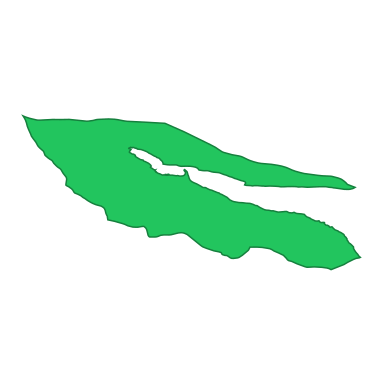 Tálknafjarðarhreppur, Vestfirðir, Iceland (Robinson projection), rotated 177°
{"feature_id": "244011B74336956547693", "entity_name": "Tálknafjarðarhreppur", "entity_type": "district", "adm_level": 2, "iso_a3": "ISL", "parent_name": "Iceland", "parent_adm1": "Vestfirðir", "projection": "robinson", "projection_center": [-23.889, 65.645], "detail": "fine", "context": "isolated", "style": "filled", "palette": "green", "viewbox_px": 384, "rotation_deg": 177, "n_neighbors": 0, "source": "geoboundaries", "source_scale": "gbopen_adm2", "svg_char_len": 6048}
<svg xmlns="http://www.w3.org/2000/svg" viewBox="0 0 384 384"><g transform="rotate(177 192 192)"><path d="M28.9,188.1L36.1,191.3L36.6,191.7L37.9,193.3L39.6,194.9L41.6,196.5L42.5,197.1L45.2,198.3L48.0,199.2L51.5,200.3L53.3,200.6L60.6,201.3L65.2,202.0L79.1,204.6L82.8,205.7L87.6,207.3L90.9,208.7L95.4,211.0L97.2,211.8L101.2,213.2L105.1,214.2L111.3,215.5L121.4,216.9L124.6,217.6L128.9,219.0L132.7,220.5L134.9,221.6L139.6,224.2L140.9,224.8L143.0,225.5L149.9,227.1L158.1,229.8L159.7,230.5L163.0,232.9L166.3,235.4L171.0,238.2L196.3,252.3L215.4,262.0L234.5,264.1L253.2,266.0L256.3,266.6L262.8,268.2L265.6,268.7L271.5,269.3L282.0,269.4L283.6,269.3L287.1,268.6L291.7,268.2L293.4,268.2L310.8,270.9L319.2,271.2L327.4,271.7L340.1,271.7L342.8,271.9L348.7,273.6L350.6,274.2L354.5,275.7L356.7,276.8L355.7,275.0L354.6,272.7L353.7,269.7L353.0,266.2L351.9,262.9L350.0,258.1L349.5,256.3L347.7,253.4L345.3,249.9L343.7,246.5L343.1,245.5L341.7,243.9L340.0,242.2L338.3,240.6L337.8,239.5L337.0,236.8L336.7,236.2L334.0,233.6L332.1,232.1L330.3,230.9L329.7,230.1L328.5,227.9L326.1,225.2L324.9,224.0L322.4,222.1L321.6,221.1L319.7,217.4L317.0,213.6L316.6,212.5L316.5,211.2L317.5,206.3L317.5,205.4L316.8,204.8L315.0,203.8L312.1,201.5L311.0,200.2L309.7,197.7L309.1,197.1L306.2,195.8L303.2,194.1L301.1,192.2L299.2,191.0L296.9,189.1L293.6,186.9L291.7,185.8L288.5,184.3L283.3,182.6L281.1,181.0L280.3,179.9L279.6,178.1L279.3,176.2L279.0,175.0L278.5,173.6L277.9,172.4L277.8,171.7L277.8,171.1L277.5,168.6L270.9,166.8L263.3,164.2L260.8,163.2L257.8,161.6L253.0,160.1L250.1,159.8L247.9,159.7L243.5,160.2L242.4,160.2L241.6,160.0L240.1,158.5L239.6,157.7L239.1,156.3L238.1,151.1L237.6,150.2L237.1,149.6L236.6,149.3L231.6,149.0L229.6,149.1L228.0,149.5L225.5,150.4L224.2,150.5L222.4,150.6L217.0,150.3L215.1,150.4L207.9,151.8L206.1,151.9L204.5,151.9L202.9,151.6L201.3,151.0L199.0,149.8L186.0,138.1L184.2,136.7L180.5,135.0L173.2,132.1L168.2,130.8L166.3,130.1L166.0,129.9L165.3,128.3L164.7,127.8L162.6,127.0L160.5,126.7L159.4,126.0L157.4,124.4L156.5,123.9L155.6,123.6L154.1,123.5L150.0,123.8L148.5,124.2L145.0,126.2L139.1,130.6L138.4,131.4L137.0,133.9L130.2,133.6L124.9,133.0L119.4,131.8L117.0,131.2L116.1,130.7L115.1,130.2L113.2,128.8L108.7,126.6L104.0,124.0L101.2,120.8L100.2,119.3L99.0,118.4L96.1,117.5L90.9,114.8L83.2,111.5L81.4,110.9L80.4,110.8L73.7,110.8L66.3,110.0L61.1,109.0L59.1,108.3L57.2,107.2L44.1,111.6L40.1,113.7L34.3,116.2L31.7,117.1L28.4,117.5L27.3,117.9L29.0,119.6L29.6,120.9L31.4,123.1L32.9,125.6L33.6,127.1L33.6,128.7L35.4,130.8L36.7,132.1L37.4,132.5L37.9,133.0L38.8,134.5L39.0,135.1L39.7,136.0L39.7,137.2L40.3,138.0L40.5,138.6L41.3,139.3L41.9,139.9L42.3,141.1L42.9,141.9L45.0,143.4L45.7,143.9L47.2,144.5L48.3,145.5L51.1,146.7L53.0,148.6L53.7,149.7L54.6,149.9L55.6,149.7L56.4,149.8L56.7,150.1L57.0,150.8L57.8,151.3L58.4,151.7L59.8,151.9L60.2,152.0L61.7,153.8L61.7,154.1L61.3,154.3L61.3,154.5L61.6,154.7L62.7,154.8L64.4,154.7L64.9,154.8L66.0,155.5L66.7,156.6L68.6,156.4L70.6,156.7L71.9,157.5L74.3,158.7L75.0,159.3L75.2,159.6L75.9,159.7L76.5,160.3L78.2,160.9L80.0,162.4L80.8,163.6L81.1,163.8L83.7,164.4L88.1,165.0L89.8,165.5L90.6,166.2L91.7,166.3L92.5,166.0L93.5,165.9L95.6,166.2L96.4,166.4L97.7,167.2L98.5,167.6L100.1,167.7L101.2,167.6L107.0,167.4L112.0,169.0L113.6,169.0L116.1,169.7L118.6,170.0L120.4,170.5L121.6,171.1L125.3,173.2L127.2,174.6L127.8,175.0L129.3,175.2L131.7,176.5L134.7,177.6L138.4,178.0L142.3,178.7L145.6,179.0L150.4,180.1L152.1,180.7L154.7,182.2L157.2,184.8L161.8,187.6L162.5,188.1L163.7,188.4L165.0,189.6L166.4,190.0L170.9,192.1L172.0,192.7L174.1,193.3L177.4,195.1L177.8,195.5L178.3,195.7L180.7,195.9L181.4,196.3L182.6,197.2L186.8,199.8L189.7,201.2L191.4,202.2L192.3,202.9L193.5,204.3L194.1,205.8L194.8,208.6L195.3,209.8L195.4,210.8L195.8,212.3L196.2,212.9L198.2,214.8L198.5,214.7L198.8,214.0L198.4,213.3L197.7,212.6L197.6,211.6L197.8,210.6L198.1,209.9L198.9,209.1L200.6,208.5L202.8,208.5L204.1,208.7L205.4,209.2L206.8,209.0L211.0,209.9L212.8,209.9L213.1,210.1L213.7,210.1L214.2,210.9L214.6,211.0L214.7,210.9L214.4,210.9L213.8,210.0L214.1,210.2L216.1,210.0L216.4,210.6L215.4,210.8L215.5,210.9L216.9,210.7L217.1,210.5L216.9,210.5L217.2,210.2L218.1,210.4L217.6,210.9L217.8,211.0L218.3,210.4L219.4,210.6L220.4,210.4L222.1,211.2L223.1,211.8L224.8,212.4L225.5,212.9L226.6,213.5L226.4,213.7L226.9,214.3L227.4,214.4L227.9,215.3L227.5,215.8L227.8,215.7L228.1,216.1L228.6,216.1L228.9,216.3L230.8,217.9L231.5,218.2L232.2,218.9L231.4,220.0L231.6,220.2L231.7,220.8L231.9,221.0L232.5,221.7L233.9,223.0L237.1,224.8L238.5,225.4L238.8,225.6L239.1,226.4L241.8,227.1L243.5,228.2L246.5,230.3L246.7,230.5L246.6,231.3L246.7,231.7L247.6,232.2L247.9,232.6L248.5,232.9L249.5,232.9L250.6,233.7L252.4,234.8L252.5,235.1L252.4,235.5L251.9,236.1L251.9,236.5L251.3,236.8L251.2,237.3L250.7,237.6L250.9,237.9L251.5,238.3L252.7,238.6L252.9,238.8L252.8,239.0L252.4,239.1L252.3,239.4L250.7,239.9L249.9,239.3L249.0,239.3L248.8,239.6L247.7,239.5L247.3,239.1L245.9,238.6L245.3,238.6L244.7,238.2L244.6,237.9L244.3,237.7L240.7,237.1L238.2,236.1L235.2,234.7L233.7,233.7L232.8,232.9L231.6,232.4L228.0,230.0L226.1,229.1L225.5,228.6L225.3,228.3L223.3,227.6L222.1,226.4L221.9,225.9L221.0,225.1L220.0,224.0L219.8,223.3L219.3,222.2L219.5,221.5L219.1,221.3L215.2,220.5L212.8,220.2L206.3,219.9L203.5,218.7L201.5,218.2L196.7,218.1L192.4,217.8L189.8,217.3L187.2,216.6L185.6,215.7L185.0,215.3L184.0,213.7L183.5,213.5L180.2,212.8L178.6,212.6L175.7,212.5L174.0,212.1L171.2,211.1L169.5,210.7L164.7,210.0L163.5,209.7L159.3,207.8L156.9,207.0L153.9,205.5L151.4,204.7L148.5,203.2L147.1,202.8L142.6,200.9L140.2,200.2L138.9,199.6L138.2,199.0L138.0,198.4L138.0,197.9L138.9,196.8L139.1,196.3L137.6,195.8L133.1,195.3L131.2,194.9L129.4,195.1L126.1,194.9L121.9,194.3L120.1,194.2L118.6,193.9L114.1,193.9L109.5,193.5L105.2,193.0L103.5,192.6L102.6,192.5L100.1,192.4L95.8,192.4L91.6,192.2L87.7,191.9L85.5,191.4L82.0,191.4L76.4,190.7L64.7,190.6L58.1,190.3L54.6,189.5L52.1,189.2L50.3,188.7L48.8,188.5L39.7,186.7L35.4,186.4L33.9,186.5L31.2,187.0L29.8,187.6L28.9,188.1Z" fill="#22c55e" stroke="#15803d" stroke-width="1.5"/></g></svg>